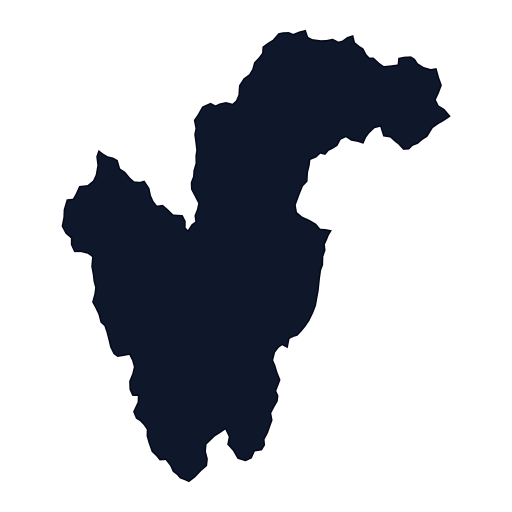 Cotia, São Paulo, Brazil
{"feature_id": "56859067B86024623028982", "entity_name": "Cotia", "entity_type": "district", "adm_level": 2, "iso_a3": "BRA", "parent_name": "Brazil", "parent_adm1": "São Paulo", "projection": "equal_earth", "projection_center": [-46.953, -23.683], "detail": "fine", "context": "isolated", "style": "filled", "palette": "ink", "viewbox_px": 512, "rotation_deg": 0, "n_neighbors": 0, "source": "geoboundaries", "source_scale": "gbopen_adm2", "svg_char_len": 3139}
<svg xmlns="http://www.w3.org/2000/svg" viewBox="0 0 512 512"><path d="M352.7,36.0L347.5,37.7L342.6,41.3L338.4,42.4L332.6,39.5L326.8,40.7L320.9,41.0L312.0,39.8L307.5,37.4L305.3,30.7L299.4,32.2L293.2,34.7L288.7,32.8L283.0,33.0L278.8,33.9L273.3,40.3L268.1,43.5L263.2,47.1L262.8,53.3L259.2,58.1L254.7,62.8L252.9,69.5L249.7,74.8L244.1,78.9L239.7,85.7L239.1,95.1L236.5,101.1L232.7,104.5L225.9,102.8L220.0,104.1L215.4,106.2L210.6,103.6L202.7,107.1L198.1,115.3L194.6,120.3L196.2,128.5L195.0,134.5L196.1,142.7L197.0,150.3L196.1,155.9L196.3,163.2L194.1,170.9L193.8,176.5L191.5,182.6L191.7,189.1L195.1,195.6L199.0,203.2L197.6,209.7L195.2,215.8L196.1,221.9L192.0,224.9L188.0,231.3L184.9,227.9L185.0,221.4L182.2,215.8L172.9,215.2L167.5,209.9L162.6,205.6L156.6,206.4L152.8,201.4L150.3,195.8L148.8,188.5L144.1,181.4L140.0,182.6L133.9,182.1L129.5,178.2L124.7,172.4L119.5,169.0L117.1,160.6L113.0,158.3L107.5,157.0L103.1,154.4L98.9,151.2L97.0,156.7L98.1,165.3L96.4,175.0L93.6,181.1L87.8,185.8L79.7,186.7L76.4,194.0L73.4,199.4L67.3,200.0L64.4,209.7L64.1,217.4L62.4,226.2L66.1,233.2L71.6,237.9L71.6,244.6L74.7,251.4L81.3,251.4L88.0,253.1L92.9,256.6L92.0,266.4L93.5,274.6L94.2,281.0L95.9,287.5L95.1,293.9L92.9,302.0L95.9,307.5L99.1,314.2L101.2,322.2L105.0,325.6L107.2,332.2L109.3,340.3L110.9,347.1L114.1,353.6L117.7,356.2L123.3,355.3L129.7,354.1L132.8,360.3L134.6,366.9L133.0,373.8L129.9,381.3L130.2,389.4L132.8,395.2L138.6,395.3L138.3,402.3L133.9,411.7L136.6,418.2L140.4,420.5L144.3,424.6L147.5,429.3L147.3,435.9L149.1,442.3L152.3,451.4L156.9,455.8L160.0,459.7L166.0,459.3L170.8,465.5L173.4,471.3L177.3,474.3L180.4,477.8L185.2,479.6L188.9,481.3L194.6,476.9L200.8,470.4L206.4,465.5L207.1,459.0L205.2,451.6L205.8,444.1L210.2,439.9L214.3,435.9L220.3,432.1L225.6,428.4L229.5,436.7L228.0,444.3L233.4,450.2L238.0,458.2L245.5,460.5L251.2,457.8L254.3,450.8L261.4,449.7L264.3,445.0L263.8,439.4L267.4,432.5L269.6,426.1L271.8,420.2L270.5,413.0L274.2,405.9L277.0,401.2L277.7,395.9L275.5,390.9L277.9,384.7L279.7,379.8L276.8,372.7L274.7,365.6L272.4,360.3L274.4,352.2L278.2,347.2L282.1,344.4L287.2,347.1L288.9,338.4L293.0,336.3L297.0,335.1L301.3,330.5L304.8,326.2L308.6,320.7L312.5,312.7L315.3,305.4L316.5,298.6L318.0,290.4L319.2,278.7L320.4,270.1L322.4,264.9L322.6,256.4L324.8,250.2L324.1,244.4L326.2,239.9L328.2,234.9L330.7,230.8L325.5,229.8L319.8,229.4L315.6,224.3L309.3,220.6L301.8,217.2L296.3,212.6L295.0,205.0L298.7,194.9L302.3,185.9L306.8,181.2L307.3,172.3L309.0,165.3L309.7,159.4L316.0,156.8L320.1,152.9L325.0,154.1L328.1,150.3L332.3,148.2L336.9,145.3L340.2,139.1L346.0,136.4L351.4,140.0L358.0,141.2L363.0,142.9L365.4,137.3L368.5,133.0L374.1,127.6L380.7,125.9L383.8,135.8L390.5,136.8L395.0,140.9L398.6,143.7L403.6,149.1L408.7,148.8L412.3,145.2L417.5,143.2L422.2,139.2L426.9,136.2L432.2,127.6L437.8,123.6L444.0,120.0L449.6,116.2L443.9,109.5L438.1,106.0L435.0,99.8L438.1,93.2L441.1,85.3L438.4,77.7L436.0,68.9L430.7,69.8L423.4,67.7L417.2,63.8L414.5,59.5L410.8,57.1L404.5,57.4L398.9,58.5L398.3,65.1L390.2,66.2L383.6,66.8L379.0,63.6L373.3,58.3L369.2,58.3L365.9,54.8L362.8,48.9L358.9,46.5L354.3,42.7L352.7,36.0Z" fill="#0f172a" stroke="#020617" stroke-width="1.5"/></svg>